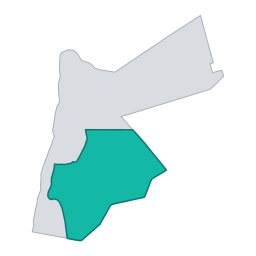 Ma`an on a map of Jordan (Natural Earth projection)
{"feature_id": "JOR-853", "entity_name": "Ma`an", "entity_type": "Province", "adm_level": 1, "iso_a3": "JOR", "parent_name": "Jordan", "parent_adm1": "", "projection": "natural_earth1", "projection_center": [36.363, 30.219], "detail": "fine", "context": "in_parent", "style": "filled", "palette": "teal", "viewbox_px": 256, "rotation_deg": 0, "n_neighbors": 0, "source": "natural_earth", "source_scale": "10m", "svg_char_len": 2317}
<svg xmlns="http://www.w3.org/2000/svg" viewBox="0 0 256 256"><path d="M69.7,49.7L74.4,50.8L77.1,53.3L81.6,60.5L88.6,62.6L91.5,64.6L95.3,68.4L100.0,69.8L114.9,72.2L126.8,64.2L136.8,57.4L148.2,49.8L156.0,44.6L169.1,35.7L177.8,30.1L189.2,22.7L200.5,15.4L203.7,27.3L206.8,38.9L210.1,51.0L213.3,62.7L209.9,63.8L212.6,72.8L216.9,71.4L221.7,70.3L223.7,76.1L217.3,82.5L210.8,88.8L209.3,89.5L200.8,92.1L183.5,97.5L171.9,101.0L157.1,105.6L144.7,109.4L132.5,113.2L121.2,116.6L127.7,124.0L137.6,135.2L144.2,142.7L152.0,152.3L159.0,160.9L166.4,170.1L161.2,173.1L152.7,178.2L151.8,179.2L151.1,180.1L147.6,189.2L144.9,196.4L143.9,197.3L132.0,199.9L119.9,202.5L112.3,204.2L110.0,206.1L105.1,215.0L100.0,224.2L91.4,231.7L81.9,240.1L79.5,240.6L72.6,239.3L60.9,237.1L49.5,235.0L41.7,233.6L32.3,231.8L33.7,224.8L33.3,221.0L35.6,208.5L37.0,202.5L37.6,198.2L40.9,189.4L40.5,186.5L41.2,176.3L40.9,174.3L42.4,168.8L45.2,160.7L47.9,153.8L48.9,150.6L51.7,144.1L54.2,136.0L52.9,131.6L52.5,130.7L53.5,125.6L54.7,117.3L55.4,112.8L56.9,106.9L59.5,101.9L58.4,90.1L58.5,83.7L60.2,76.4L59.3,67.9L60.1,55.9L60.3,54.7L61.2,53.3L61.9,52.5L67.4,50.0L69.7,49.7Z" fill="#d9dde1" stroke="#a8b0b8" stroke-width="1"/><path d="M132.8,129.8L138.5,136.2L144.2,142.7L144.4,142.9L144.5,143.1L144.8,143.4L149.6,149.4L154.5,155.4L159.4,161.4L164.3,167.4L166.4,170.1L166.5,170.1L166.4,170.1L166.1,170.3L162.9,172.3L157.6,175.4L152.8,178.3L151.7,179.2L151.2,180.1L149.9,183.5L148.3,187.6L146.8,191.3L144.9,196.4L143.9,197.3L138.7,198.4L132.8,199.7L126.5,201.1L120.1,202.5L116.2,203.4L112.4,204.2L111.1,204.9L110.1,206.1L107.6,210.5L105.6,214.2L102.8,219.1L100.0,224.2L96.6,227.2L91.4,231.8L86.7,235.9L81.9,240.1L80.8,240.6L79.6,240.6L74.9,239.8L69.8,238.9L67.3,238.4L67.2,237.9L65.0,220.9L62.2,208.4L59.9,202.9L59.2,201.8L58.4,200.9L57.6,200.1L56.7,199.6L55.9,199.3L54.6,199.0L53.4,199.0L52.8,199.1L52.3,199.4L51.6,199.4L50.9,199.4L50.2,199.2L49.6,198.8L49.0,198.3L48.6,197.7L48.3,197.1L48.1,196.5L47.8,195.5L48.0,194.1L48.5,191.4L51.1,186.0L51.4,184.5L51.4,178.4L53.3,171.8L54.3,167.6L54.5,164.2L56.3,164.2L58.1,164.5L62.5,164.3L64.0,164.5L68.1,163.9L71.2,163.1L71.9,162.7L72.3,162.2L72.9,161.8L73.3,161.7L73.8,161.8L75.0,162.3L76.6,161.6L80.0,155.7L85.1,145.5L87.4,138.0L86.4,135.0L85.6,129.7L132.8,129.8Z" fill="#14b8a6" stroke="#0f766e" stroke-width="1.5"/></svg>